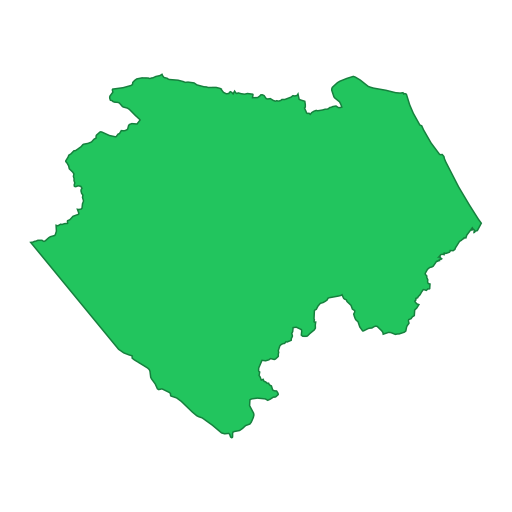 Bo Trach, Quảng Bình, Vietnam
{"feature_id": "81297802B63375818356773", "entity_name": "Bo Trach", "entity_type": "district", "adm_level": 2, "iso_a3": "VNM", "parent_name": "Vietnam", "parent_adm1": "Quảng Bình", "projection": "orthographic", "projection_center": [106.315, 17.487], "detail": "fine", "context": "isolated", "style": "filled", "palette": "green", "viewbox_px": 512, "rotation_deg": 0, "n_neighbors": 0, "source": "geoboundaries", "source_scale": "gbopen_adm2", "svg_char_len": 5959}
<svg xmlns="http://www.w3.org/2000/svg" viewBox="0 0 512 512"><path d="M221.4,89.1L220.0,88.4L216.1,87.4L208.2,87.5L206.2,86.9L204.0,86.8L196.9,84.9L194.2,83.0L193.3,82.8L188.0,82.1L185.1,82.4L183.4,81.6L178.0,80.2L169.4,79.5L168.5,79.3L167.2,78.3L164.4,77.6L163.6,77.1L162.5,75.5L162.0,74.3L159.9,75.6L155.8,76.5L152.8,77.9L151.9,77.9L150.7,78.3L149.2,78.5L148.2,78.0L141.9,77.9L136.8,78.9L134.7,80.4L132.8,82.4L132.5,84.3L132.0,84.9L131.0,85.5L123.1,87.7L112.7,89.1L112.3,89.9L112.9,92.1L110.0,96.0L109.7,97.1L109.8,98.5L110.4,100.2L112.2,100.7L112.9,101.5L114.4,102.1L117.9,102.4L119.4,103.0L122.3,106.4L123.2,107.0L127.4,108.1L129.4,109.4L135.4,115.5L139.7,119.4L140.1,120.0L137.0,124.0L131.8,123.6L129.4,124.5L128.6,125.5L127.7,129.0L127.0,129.7L125.1,130.6L123.6,130.8L121.3,130.6L119.4,133.7L118.2,134.0L116.2,136.6L115.4,136.8L109.4,135.5L102.2,132.2L100.8,131.8L100.0,132.0L96.5,135.1L96.1,136.0L96.1,138.0L94.0,139.2L91.5,142.0L88.0,143.4L83.7,144.2L82.9,144.6L81.1,146.7L75.6,150.6L73.9,150.8L70.9,153.9L68.8,155.2L68.1,157.1L65.8,160.8L65.8,161.6L67.0,163.0L68.6,165.8L69.3,168.8L72.7,172.1L73.9,173.9L73.4,176.4L74.1,178.6L74.0,180.6L74.8,182.9L74.2,184.8L74.3,186.0L74.5,186.4L75.7,186.7L78.1,185.8L80.8,186.3L82.0,188.3L81.2,189.4L81.0,190.9L81.6,193.3L82.9,195.1L82.5,197.4L83.5,200.7L83.4,201.5L82.5,203.7L82.0,208.2L81.1,209.1L78.7,209.5L77.4,209.3L78.6,212.6L78.8,213.6L78.5,214.3L73.0,216.3L69.9,219.7L67.6,220.7L67.4,221.1L67.7,223.2L67.3,223.5L64.7,223.6L62.0,224.5L60.7,224.2L57.8,225.8L56.1,225.3L56.4,231.2L55.4,234.4L54.7,235.5L50.4,236.7L48.8,237.7L45.3,240.8L44.1,241.4L43.5,241.3L42.0,240.3L37.8,240.3L36.1,241.1L34.3,241.4L33.1,242.1L30.7,242.4L118.6,349.3L123.8,352.9L129.0,354.9L132.1,355.8L132.2,358.2L134.4,359.9L147.6,368.0L149.3,369.6L150.0,371.4L150.7,377.2L151.4,378.7L155.2,383.9L157.4,388.8L158.7,389.6L161.8,388.9L162.7,389.2L169.4,392.5L170.5,393.6L170.5,395.1L170.9,396.0L176.6,397.9L181.1,401.2L192.3,412.0L196.7,415.7L198.7,416.7L202.2,417.9L212.4,425.2L221.5,432.9L224.6,433.8L228.6,433.4L229.6,434.1L230.6,437.0L231.6,437.7L232.4,437.4L232.6,436.4L232.6,433.3L233.0,432.1L234.4,431.5L239.6,430.5L242.6,428.4L245.6,425.6L249.9,424.0L251.3,422.1L253.3,417.5L253.9,415.0L253.6,413.2L249.6,405.7L249.9,399.8L251.6,398.9L257.4,398.1L265.3,398.9L267.7,400.3L270.2,399.2L273.4,397.1L275.0,397.1L275.9,396.7L278.2,394.6L278.2,394.0L277.8,392.9L276.6,391.0L274.3,390.8L272.7,390.0L271.4,385.9L270.2,385.4L269.0,384.2L268.6,383.2L267.0,383.2L265.7,381.9L264.1,381.4L263.1,379.3L261.6,380.1L261.3,380.1L260.1,376.9L259.1,375.5L259.7,372.0L258.9,371.5L258.6,370.6L258.7,368.0L262.0,360.3L265.6,360.8L268.9,359.8L270.6,358.6L274.3,359.5L275.5,359.0L278.0,356.7L278.3,356.3L278.3,353.8L278.7,352.6L278.3,350.6L279.8,345.9L280.7,344.9L282.7,343.7L284.6,343.4L286.0,341.7L287.1,342.0L291.2,340.3L291.4,338.1L291.8,337.7L292.4,336.2L292.3,335.2L291.7,333.6L292.7,331.6L293.1,327.6L296.3,327.2L301.4,329.6L301.7,331.2L301.3,335.1L302.6,336.2L303.7,336.3L306.3,336.3L307.4,336.0L309.9,333.5L314.3,329.9L315.4,328.1L315.3,325.0L315.7,322.1L314.3,322.1L314.0,321.4L314.4,319.8L314.0,318.7L314.4,310.7L314.8,310.1L316.3,309.3L317.9,306.2L320.0,303.7L320.5,303.3L323.2,302.5L325.6,301.1L327.3,299.8L327.8,298.4L328.9,297.8L338.7,296.0L341.0,295.4L342.0,294.7L343.6,298.2L344.4,299.0L346.4,299.9L347.0,301.5L351.0,305.3L352.4,309.1L354.7,310.6L354.7,312.1L353.7,314.1L354.4,316.5L355.3,318.9L356.2,320.2L358.0,321.7L359.8,327.0L362.6,330.9L363.5,330.9L368.0,328.6L369.3,328.2L371.9,328.0L374.0,326.7L375.7,326.1L377.2,326.4L381.8,330.9L382.9,332.5L383.2,334.2L388.5,332.4L390.9,332.6L395.4,334.4L397.1,334.0L399.2,333.9L404.3,332.2L405.8,331.0L406.6,327.0L407.2,325.7L409.0,323.2L408.4,320.9L408.7,319.6L411.0,318.7L412.4,316.8L414.3,315.6L414.7,310.0L416.7,308.1L418.9,304.6L416.7,303.8L414.8,301.4L414.9,301.0L415.9,300.0L415.8,298.4L417.6,297.8L418.3,296.5L420.0,294.8L421.7,291.8L423.3,289.6L423.9,289.6L426.3,290.4L427.9,288.9L429.3,288.9L429.7,288.6L430.0,284.0L428.4,283.6L427.9,282.9L427.6,281.8L427.8,279.8L426.7,277.4L426.8,276.0L425.4,274.4L425.2,273.4L427.5,269.3L429.7,267.5L431.8,267.0L433.2,266.2L436.3,261.7L437.2,261.0L437.7,261.3L438.4,260.7L439.3,260.6L439.1,260.0L439.5,259.4L440.7,259.5L441.7,258.8L439.9,257.3L440.0,256.8L438.8,257.0L440.8,254.6L442.3,254.3L444.1,254.6L444.0,253.2L444.4,253.1L444.6,253.5L446.4,253.3L449.4,252.2L450.0,251.5L450.2,250.5L453.1,250.7L454.9,249.4L455.4,247.9L459.5,241.4L461.2,240.4L462.7,239.1L463.8,238.6L464.1,237.8L465.9,237.9L466.8,235.1L472.3,227.8L472.8,228.6L472.1,229.6L472.1,230.0L473.3,229.4L474.0,229.6L474.3,230.2L474.0,232.5L474.4,232.4L475.5,231.0L477.1,230.7L477.5,230.3L481.3,223.2L478.3,219.1L469.2,204.7L458.6,186.9L445.8,162.0L444.4,158.7L443.9,156.5L442.2,154.5L440.6,154.7L439.5,154.3L431.0,142.9L423.6,130.0L421.7,125.8L420.0,125.1L419.6,124.6L413.3,113.3L409.7,104.9L406.4,94.3L405.8,93.9L404.7,93.6L403.7,94.0L403.0,92.7L400.3,93.1L395.6,92.7L386.0,90.3L373.5,88.1L370.1,87.1L368.2,86.4L360.3,80.1L355.3,77.1L353.3,76.4L346.9,78.4L339.9,81.2L337.4,82.7L334.2,85.6L332.3,87.4L331.8,88.8L331.7,90.1L333.9,96.8L334.6,97.8L339.6,101.9L340.9,104.5L341.8,107.1L340.1,107.6L338.3,107.6L336.0,106.0L332.6,106.6L331.1,107.4L330.1,107.4L328.0,108.9L327.1,109.2L325.2,109.2L322.5,110.0L317.6,110.8L316.2,110.4L313.8,111.3L311.7,112.6L310.2,114.4L309.1,113.3L307.3,113.4L306.7,113.1L304.5,108.0L305.3,107.1L305.3,104.6L304.8,101.3L300.1,99.8L299.1,99.2L298.0,94.0L297.2,95.3L296.8,95.5L294.8,96.0L292.9,95.7L291.1,97.1L284.8,99.5L281.9,99.5L280.9,100.4L279.1,101.0L278.3,101.1L276.7,100.7L275.4,101.2L273.2,100.4L270.3,98.6L267.5,99.0L266.2,98.6L264.1,95.6L262.4,94.8L260.9,94.8L259.6,96.2L257.6,97.6L252.5,97.7L253.0,94.7L252.7,94.2L247.5,93.5L244.6,94.2L241.1,93.7L238.2,92.9L236.9,93.5L235.9,93.0L234.6,91.1L233.1,93.9L231.8,92.5L230.5,91.7L229.5,92.3L228.9,93.5L226.3,93.8L223.5,92.4L221.4,89.7L221.4,89.1Z" fill="#22c55e" stroke="#15803d" stroke-width="1.5"/></svg>